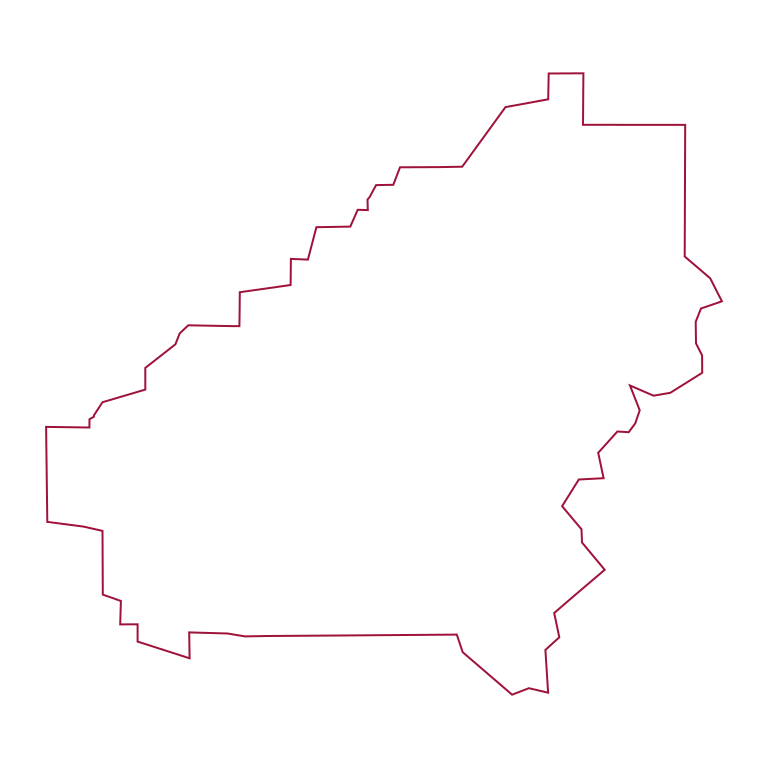 outline of Shelby, Alabama, United States of America
{"feature_id": "52423323B89355331485408", "entity_name": "Shelby", "entity_type": "district", "adm_level": 2, "iso_a3": "USA", "parent_name": "United States of America", "parent_adm1": "Alabama", "projection": "mercator", "projection_center": [-86.665, 33.283], "detail": "fine", "context": "isolated", "style": "outline", "palette": "rose", "viewbox_px": 768, "rotation_deg": 0, "n_neighbors": 0, "source": "geoboundaries", "source_scale": "gbopen_adm2", "svg_char_len": 1088}
<svg xmlns="http://www.w3.org/2000/svg" viewBox="0 0 768 768"><path d="M548.7,73.5L548.2,99.3L505.5,107.1L462.2,166.7L440.4,167.1L400.0,167.3L393.3,184.8L376.1,185.1L369.5,197.3L367.5,199.5L367.8,210.1L357.7,209.8L350.3,226.6L316.4,227.2L307.9,259.6L290.9,258.9L290.6,285.0L239.8,292.2L239.6,313.1L239.4,326.1L230.7,326.1L188.3,325.3L179.7,333.4L175.4,344.3L145.3,367.9L145.3,389.6L102.5,402.2L93.9,415.4L93.9,416.7L89.5,419.2L89.4,427.5L46.1,426.9L47.3,521.9L83.6,526.6L102.5,530.9L102.8,594.6L120.9,601.0L120.2,624.4L137.6,624.3L137.6,641.6L189.6,658.3L189.2,632.4L227.5,633.5L245.1,636.4L267.3,636.0L338.6,635.5L456.8,634.6L462.7,652.2L512.1,694.7L528.9,688.2L548.1,692.7L545.4,649.9L559.3,637.3L554.2,613.0L574.0,595.9L604.7,569.8L582.0,542.5L581.5,529.3L562.1,506.2L578.8,479.5L603.6,478.2L598.2,452.8L617.4,431.5L628.7,432.2L635.3,423.3L639.7,410.3L630.0,385.5L653.6,395.7L670.3,392.8L702.2,372.8L702.1,355.4L696.0,343.4L695.7,321.8L701.0,308.5L721.9,301.3L710.2,278.3L684.7,256.5L685.2,124.9L583.0,124.8L583.4,73.3L548.7,73.5Z" fill="none" stroke="#9f1239" stroke-width="2"/></svg>